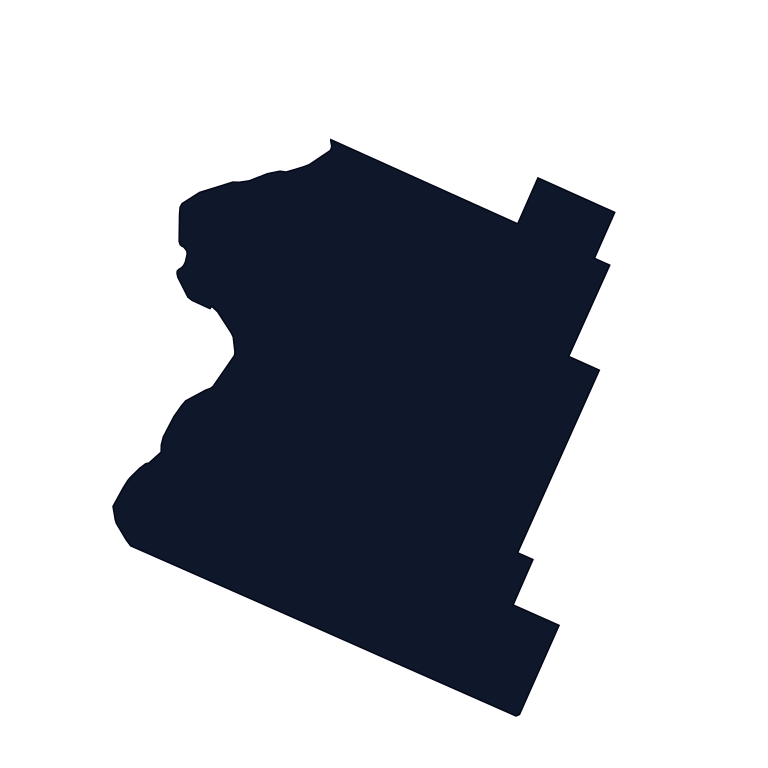 Cotton, Oklahoma, United States of America (Albers equal-area conic projection), rotated 114°
{"feature_id": "52423323B79195939570534", "entity_name": "Cotton", "entity_type": "district", "adm_level": 2, "iso_a3": "USA", "parent_name": "United States of America", "parent_adm1": "Oklahoma", "projection": "albers", "projection_center": [-98.393, 34.285], "detail": "fine", "context": "isolated", "style": "filled", "palette": "ink", "viewbox_px": 768, "rotation_deg": 114, "n_neighbors": 0, "source": "geoboundaries", "source_scale": "gbopen_adm2", "svg_char_len": 1095}
<svg xmlns="http://www.w3.org/2000/svg" viewBox="0 0 768 768"><g transform="rotate(114 384 384)"><path d="M133.4,243.0L133.1,327.2L183.3,327.0L182.4,532.0L183.6,531.5L188.3,528.3L192.3,527.9L214.0,541.5L218.5,546.0L230.3,559.8L231.8,565.5L239.2,575.9L253.2,589.8L258.7,598.5L261.0,604.2L284.0,630.4L301.2,641.8L305.3,642.2L312.0,639.9L337.0,629.2L339.6,626.9L340.2,625.3L340.4,622.5L342.1,619.1L343.0,618.0L345.6,616.6L353.3,615.1L356.8,615.2L359.9,616.1L362.0,617.5L362.8,618.1L365.0,618.8L367.1,618.1L370.3,615.8L384.4,598.5L385.7,593.1L385.9,573.6L383.7,573.2L383.2,572.6L385.7,565.4L399.2,544.7L402.2,541.0L415.4,533.2L418.7,532.2L455.8,539.2L458.5,540.7L462.2,544.5L480.0,558.3L486.1,560.1L499.1,562.7L522.1,564.1L530.2,562.7L536.9,559.9L552.0,566.7L553.6,569.2L560.5,573.0L572.8,577.8L576.3,578.8L584.6,580.0L606.0,581.8L617.2,574.4L620.2,571.8L631.3,556.0L634.9,549.6L634.2,377.9L634.0,260.1L633.6,128.4L630.8,125.8L533.3,125.9L533.3,176.2L483.8,176.5L483.8,193.3L283.8,192.9L283.7,226.5L183.6,226.1L183.6,242.9L133.4,243.0Z" fill="#0f172a" stroke="#020617" stroke-width="1.5"/></g></svg>